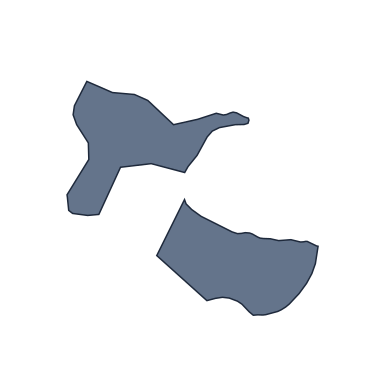 Agusan del Norte, Mercator projection, rotated 116°
{"feature_id": "PHL-2587", "entity_name": "Agusan del Norte", "entity_type": "Province", "adm_level": 1, "iso_a3": "PHL", "parent_name": "Philippines", "parent_adm1": "", "projection": "mercator", "projection_center": [125.494, 9.026], "detail": "fine", "context": "isolated", "style": "filled", "palette": "slate", "viewbox_px": 384, "rotation_deg": 116, "n_neighbors": 0, "source": "natural_earth", "source_scale": "10m", "svg_char_len": 1158}
<svg xmlns="http://www.w3.org/2000/svg" viewBox="0 0 384 384"><g transform="rotate(116 192 192)"><path d="M202.1,195.4L205.3,192.1L207.9,184.6L209.9,173.1L210.3,138.7L209.5,132.9L207.5,129.4L205.2,126.3L203.6,122.2L203.3,119.3L203.7,113.4L203.6,110.6L202.5,107.4L199.7,101.1L197.7,92.8L191.5,82.2L189.4,72.6L188.0,70.1L186.5,68.1L185.9,66.8L185.9,56.6L185.5,54.9L202.3,49.7L212.8,48.5L223.9,49.0L236.2,51.2L249.9,55.4L254.3,57.4L258.8,60.2L261.8,62.6L269.9,71.9L271.5,74.4L273.6,79.1L275.9,82.9L274.6,88.1L270.9,98.0L270.2,103.3L271.0,112.0L273.3,118.5L277.3,124.3L283.1,131.0L264.6,195.8L202.1,195.4ZM100.9,173.8L102.5,172.3L105.7,171.8L108.5,174.8L112.5,182.6L122.1,195.6L128.4,200.5L135.8,202.5L156.9,203.5L170.8,206.7L177.7,207.1L184.4,241.1L201.1,267.1L253.0,265.9L258.8,275.5L263.6,289.9L262.6,294.7L262.5,294.8L251.2,301.8L249.3,303.1L208.0,299.0L193.3,306.7L182.0,325.2L174.7,332.7L166.0,335.5L138.7,335.0L137.5,307.1L129.6,286.5L129.1,271.9L139.6,238.1L124.2,218.8L110.6,204.7L109.1,197.6L107.1,194.8L104.4,192.5L102.2,190.1L101.3,186.6L101.6,178.8L101.2,175.0L100.9,173.9L100.9,173.8Z" fill="#64748b" stroke="#1e293b" stroke-width="1.5"/></g></svg>